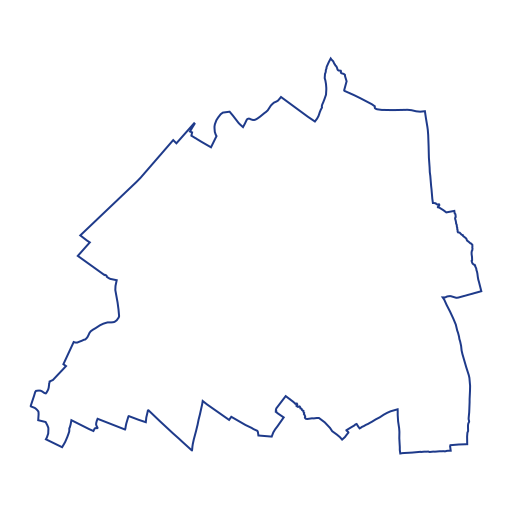 Grivita, Vaslui, Romania
{"feature_id": "2599482B4273660829063", "entity_name": "Grivita", "entity_type": "district", "adm_level": 2, "iso_a3": "ROU", "parent_name": "Romania", "parent_adm1": "Vaslui", "projection": "albers", "projection_center": [27.682, 46.171], "detail": "fine", "context": "isolated", "style": "outline", "palette": "blue", "viewbox_px": 512, "rotation_deg": 0, "n_neighbors": 0, "source": "geoboundaries", "source_scale": "gbopen_adm2", "svg_char_len": 6001}
<svg xmlns="http://www.w3.org/2000/svg" viewBox="0 0 512 512"><path d="M49.6,381.5L49.6,382.3L49.1,383.7L49.1,384.5L48.7,387.6L48.2,389.5L47.3,391.2L46.3,392.9L45.8,393.4L44.4,393.0L42.1,391.4L40.8,390.8L40.1,390.6L38.1,390.6L36.0,390.9L35.2,392.0L34.0,396.0L31.0,405.0L30.7,406.1L30.9,406.4L34.7,407.9L35.7,408.6L37.0,409.8L38.3,411.4L38.5,412.1L38.6,414.3L38.2,420.2L45.6,422.0L47.3,425.2L48.3,427.7L48.4,429.1L48.2,433.6L46.9,437.4L45.9,439.3L62.1,447.2L63.9,444.2L65.2,441.9L67.3,437.0L68.4,434.0L69.2,431.6L69.3,430.6L69.3,428.6L69.5,427.9L69.8,427.4L70.6,424.5L71.4,420.2L89.1,429.1L93.4,431.0L94.7,428.5L95.5,428.1L96.9,428.2L97.4,428.1L97.5,427.7L96.5,425.8L96.1,424.5L96.2,423.1L96.7,421.1L97.6,418.8L125.0,429.5L125.3,428.9L125.8,425.9L126.3,423.5L128.0,417.8L128.5,416.3L128.8,416.1L138.6,419.8L145.8,422.2L146.3,417.5L147.6,411.9L147.9,410.5L148.1,410.4L148.5,410.3L160.0,421.3L172.8,433.2L178.9,438.6L181.9,441.4L191.7,450.3L192.0,450.3L192.2,449.0L192.4,446.7L192.8,444.0L193.8,439.4L196.1,430.8L197.2,426.2L197.5,425.1L198.6,419.6L199.9,414.5L202.2,404.1L202.7,401.0L207.0,404.4L229.1,419.9L231.3,416.8L245.5,425.0L251.6,427.9L253.5,429.1L257.3,430.8L257.9,432.0L258.4,435.5L271.7,436.6L273.3,432.4L275.1,429.4L277.4,426.4L283.7,417.4L278.1,413.6L275.8,411.8L276.3,411.0L275.8,410.2L276.3,408.4L285.7,396.1L293.1,401.7L294.7,403.1L295.4,403.9L296.3,403.5L296.8,403.5L297.2,404.2L297.3,405.0L296.5,405.9L297.6,406.8L298.1,406.9L299.5,406.4L299.7,406.5L300.2,407.3L300.4,408.4L301.2,408.6L301.7,409.0L301.9,409.7L302.0,410.0L302.9,410.6L303.4,410.8L303.4,411.8L304.2,413.0L303.9,414.0L304.7,415.2L305.2,416.6L304.9,417.5L305.2,418.2L305.9,418.8L307.3,419.0L312.0,418.3L313.8,418.4L316.8,418.0L318.9,418.0L319.1,418.1L324.7,422.3L330.0,427.9L332.2,431.2L336.9,434.6L339.9,437.1L342.1,439.6L344.9,437.1L346.7,434.7L348.4,432.6L348.4,432.4L348.0,431.8L346.4,430.4L346.4,430.2L351.5,427.1L354.1,425.6L355.5,424.4L356.6,424.0L358.2,426.5L359.6,428.4L360.6,427.9L361.9,426.9L363.8,426.1L365.8,424.9L368.3,423.8L369.4,423.1L372.0,421.7L375.7,419.4L379.8,417.3L383.7,414.7L387.2,412.8L390.6,411.3L397.6,409.3L397.7,410.8L397.7,415.0L398.1,421.3L399.1,428.0L399.3,430.4L399.4,432.1L399.3,438.3L399.8,447.1L399.8,449.9L400.1,452.3L400.3,453.5L402.6,453.1L411.9,452.6L420.5,451.8L420.9,452.0L423.8,451.7L428.6,451.6L429.1,451.9L429.8,452.0L433.2,451.6L434.8,451.7L439.3,451.3L444.0,451.2L444.9,451.4L447.2,450.8L450.7,450.7L450.1,446.3L450.4,445.2L458.7,444.5L467.2,444.2L467.1,436.6L467.4,432.7L468.1,431.0L468.0,427.5L468.0,425.4L468.2,423.9L468.5,423.0L469.1,421.8L469.1,421.2L468.6,419.0L468.7,417.4L469.2,412.3L469.6,402.1L469.6,399.2L470.0,390.9L470.1,385.9L469.4,377.9L468.8,375.2L466.2,367.1L462.4,354.0L461.6,350.5L461.1,345.9L460.1,341.3L459.4,339.1L459.0,336.5L458.0,332.7L457.2,330.5L455.8,324.6L453.3,318.6L450.0,311.5L446.6,304.9L444.3,299.8L443.6,298.7L442.7,297.4L445.2,297.4L447.1,296.5L448.2,296.3L450.0,296.1L450.9,296.2L455.9,297.7L456.6,297.8L458.2,297.6L481.3,291.2L478.9,281.7L478.3,279.7L477.8,276.9L477.4,273.7L477.0,271.7L476.5,270.3L476.2,268.4L475.3,266.5L475.1,265.4L474.8,265.0L474.6,265.1L474.5,264.9L473.7,264.5L472.7,263.7L472.2,262.8L471.6,260.9L472.1,260.3L472.1,259.1L472.0,256.9L471.6,254.2L471.6,252.3L471.8,251.0L472.2,250.5L472.3,249.8L472.5,248.7L472.3,247.6L472.4,246.4L472.3,244.7L470.9,243.4L470.4,243.3L468.7,241.8L467.1,240.6L466.8,240.0L466.5,239.0L465.8,238.1L463.1,236.0L462.9,235.5L462.8,235.1L462.0,234.9L461.4,234.5L459.7,232.7L459.0,232.5L458.1,232.4L457.8,232.0L457.6,231.4L457.6,229.9L457.3,229.5L457.2,228.8L457.3,228.0L456.9,226.9L456.7,224.8L456.1,223.5L456.1,222.8L455.7,220.7L455.1,218.7L455.2,217.8L455.4,217.2L455.7,217.0L455.5,214.8L455.3,214.0L454.7,213.4L454.3,210.9L446.3,212.4L443.4,210.2L439.1,207.5L438.2,207.4L437.9,207.3L437.8,207.1L438.0,206.7L439.1,205.5L439.3,205.2L439.2,204.5L439.0,204.3L437.4,204.5L436.4,204.1L435.7,203.3L433.6,203.0L432.9,203.0L432.3,198.6L431.5,189.2L431.1,185.7L430.3,175.9L429.8,172.2L429.6,167.5L428.9,157.7L428.6,146.1L428.2,135.1L427.8,130.0L427.4,127.0L425.9,118.0L424.9,111.2L420.2,111.7L416.2,111.3L411.5,110.2L407.6,109.8L393.0,110.1L381.6,109.9L377.3,109.3L376.5,109.1L375.5,108.6L374.9,108.1L374.7,106.8L374.8,106.3L371.8,104.2L360.3,98.2L354.4,95.3L344.5,90.9L344.2,90.5L344.2,90.1L346.6,81.3L345.0,76.0L345.0,75.0L344.8,74.7L344.0,74.1L343.1,73.7L341.6,73.3L340.9,72.7L340.8,72.3L341.0,71.2L340.7,70.7L338.5,70.5L337.8,69.9L337.5,69.5L337.1,68.0L336.7,67.1L336.3,66.3L335.3,65.4L335.0,64.5L334.4,63.9L334.1,63.3L333.2,61.3L331.4,59.5L330.7,58.5L328.7,62.3L326.8,66.5L326.5,67.5L326.5,68.3L325.8,70.2L325.8,71.3L325.5,72.7L325.0,73.9L324.7,78.1L325.4,80.6L326.0,84.1L326.3,88.0L326.3,89.6L326.0,94.7L324.4,99.3L323.2,102.4L322.2,104.6L321.8,106.2L322.0,107.5L320.8,109.7L319.7,112.4L319.2,114.0L318.5,116.0L317.1,118.6L314.9,121.5L307.8,116.7L281.0,97.0L279.8,98.5L278.0,100.6L276.5,101.5L274.0,102.6L272.6,103.8L270.9,105.5L267.7,110.4L265.8,112.1L264.5,113.0L260.0,116.7L257.3,118.6L255.5,119.6L254.1,120.0L252.6,119.9L250.5,119.2L249.8,118.8L248.8,118.6L247.4,119.0L246.6,120.0L244.9,123.6L243.0,127.1L240.2,124.6L238.6,123.0L232.9,115.6L229.6,111.7L222.9,112.6L220.7,114.2L218.2,117.4L216.4,120.2L214.9,124.2L214.5,126.4L214.5,128.1L214.8,131.9L215.7,134.6L216.5,136.1L211.0,147.3L201.6,141.9L191.4,135.7L192.1,132.4L190.0,131.5L192.1,127.8L194.6,123.8L194.1,123.3L176.4,143.3L173.2,140.1L140.6,177.7L136.8,181.6L80.3,235.4L86.9,240.5L89.8,242.4L77.8,255.9L104.4,275.0L104.7,274.8L105.1,274.9L106.2,275.4L106.7,276.0L106.8,276.8L108.7,278.1L110.3,278.9L116.7,280.2L115.5,285.9L115.3,290.0L117.6,302.7L118.5,309.5L119.1,316.1L118.7,317.5L116.7,320.3L114.5,321.9L113.2,322.2L111.3,322.4L107.6,322.4L105.5,323.0L103.3,323.7L100.1,325.2L95.5,328.2L92.9,329.7L90.7,331.3L89.5,332.9L88.4,335.3L87.4,337.2L86.3,338.5L85.2,339.5L83.8,339.8L81.5,340.9L80.6,341.2L77.1,342.6L75.1,342.5L73.7,342.0L63.4,364.2L66.0,366.1L52.9,380.0L49.6,381.5Z" fill="none" stroke="#1e3a8a" stroke-width="2"/></svg>